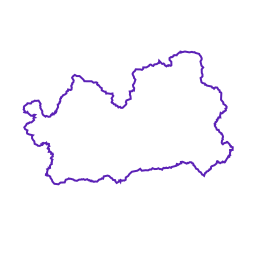 Mae Chaem, Chiang Mai, Thailand, rotated 77°
{"feature_id": "78962969B34643742441867", "entity_name": "Mae Chaem", "entity_type": "district", "adm_level": 2, "iso_a3": "THA", "parent_name": "Thailand", "parent_adm1": "Chiang Mai", "projection": "orthographic", "projection_center": [98.301, 18.574], "detail": "fine", "context": "isolated", "style": "outline", "palette": "violet", "viewbox_px": 256, "rotation_deg": 77, "n_neighbors": 0, "source": "geoboundaries", "source_scale": "gbopen_adm2", "svg_char_len": 5764}
<svg xmlns="http://www.w3.org/2000/svg" viewBox="0 0 256 256"><g transform="rotate(77 128 128)"><path d="M172.7,124.2L173.1,120.3L173.8,117.9L173.3,116.2L173.7,114.6L172.7,113.2L174.0,111.3L174.4,109.1L174.1,107.4L175.1,106.5L175.4,105.2L176.3,104.1L175.2,103.0L174.9,102.0L175.5,101.1L175.2,99.7L175.7,99.3L176.0,98.1L175.6,96.2L176.5,95.0L175.8,94.1L175.7,89.6L174.0,88.5L174.3,87.9L175.3,87.7L174.4,85.2L174.4,84.0L173.0,84.0L173.2,82.4L175.9,78.8L175.4,77.9L175.8,77.4L175.2,75.4L175.8,73.8L176.9,73.4L177.1,72.7L178.3,72.3L178.9,72.6L180.3,71.5L183.0,70.8L183.9,69.3L186.4,68.5L187.6,67.0L190.1,66.2L190.5,65.5L191.7,64.6L189.3,63.1L189.0,61.9L188.1,61.3L188.0,59.5L187.4,59.0L187.3,58.2L186.6,57.9L186.7,56.9L186.2,56.3L184.8,56.0L184.1,55.1L183.7,52.1L182.4,49.6L180.5,48.8L180.5,48.1L182.1,47.3L182.1,46.8L183.0,46.1L182.5,44.5L182.7,44.0L182.2,43.5L182.5,43.3L182.5,42.3L182.8,42.5L183.2,42.0L183.2,41.3L179.8,38.2L179.4,37.4L178.4,36.9L178.8,35.9L177.8,35.7L177.7,35.2L177.4,35.5L176.5,34.4L174.9,34.2L173.7,33.2L173.1,33.7L172.4,33.5L172.9,31.0L170.3,30.3L169.3,32.1L168.6,31.8L167.9,32.5L166.9,32.6L163.9,34.4L163.8,34.9L164.4,35.8L164.3,37.6L165.2,39.2L164.4,39.8L163.4,40.0L161.3,39.2L160.3,38.1L159.3,38.3L158.1,37.4L157.0,37.4L155.1,37.8L154.7,38.4L154.1,38.2L152.5,39.9L150.2,40.1L150.1,41.1L149.5,41.9L148.2,41.9L145.4,42.9L144.6,42.4L144.5,42.7L143.4,42.6L143.4,42.1L142.0,41.5L141.7,40.9L141.9,40.6L140.8,39.3L140.0,39.5L139.8,38.8L139.1,38.5L139.0,37.7L138.1,37.6L137.9,36.6L138.4,35.7L136.6,35.5L134.1,34.3L134.8,33.5L134.8,32.5L133.5,31.4L133.7,30.6L133.3,30.2L133.1,29.1L132.6,28.5L131.1,28.7L130.8,27.6L129.5,27.1L127.8,27.9L125.9,29.7L124.5,29.4L121.4,31.0L114.9,29.2L114.2,29.5L113.6,30.5L111.9,30.3L111.0,31.3L108.7,32.0L108.1,33.8L109.1,35.3L108.2,35.7L107.7,36.8L106.4,37.2L104.4,41.6L103.5,42.1L103.3,43.1L102.1,43.1L100.9,45.3L99.9,46.1L95.6,46.0L95.2,44.9L94.4,43.8L92.5,43.4L90.9,43.7L87.4,43.0L85.9,41.1L83.8,42.4L79.4,42.4L77.9,40.9L76.6,40.5L74.3,41.0L73.4,41.6L71.8,42.0L69.9,45.6L69.1,46.0L68.9,47.5L68.2,48.6L68.1,51.2L66.3,55.3L66.3,58.0L65.5,59.5L66.4,59.8L65.9,60.8L67.3,63.5L68.1,64.2L67.4,66.5L67.6,67.4L68.3,67.6L68.6,68.3L68.9,69.4L68.5,70.0L69.2,71.8L71.0,72.2L73.2,70.9L76.6,71.6L76.9,72.0L76.9,72.9L76.0,73.8L75.9,74.5L76.5,75.0L76.0,75.7L76.6,76.7L75.1,78.1L74.2,78.1L73.2,78.8L73.3,80.1L73.0,80.5L69.5,82.5L71.7,83.3L71.6,84.2L72.2,85.5L72.0,88.0L73.2,89.4L72.4,90.7L71.5,91.3L71.2,92.0L71.4,92.8L72.2,93.6L73.1,96.4L72.4,99.5L73.7,99.9L74.5,101.3L73.6,103.0L72.6,107.3L73.9,108.3L74.7,109.9L75.9,111.2L76.9,111.4L79.8,110.7L80.5,110.9L82.6,109.9L85.7,111.8L87.2,113.5L89.0,113.6L90.5,113.0L92.9,113.8L92.4,115.1L93.1,115.7L92.8,118.1L94.4,118.1L96.0,118.7L97.4,118.4L100.2,118.8L100.8,123.3L102.3,124.3L103.5,124.0L104.6,124.5L107.1,128.7L106.8,130.3L105.6,130.9L105.8,132.7L104.0,133.3L103.5,134.9L102.3,134.9L101.6,136.5L100.4,136.9L99.8,138.0L99.2,138.2L97.5,136.9L95.4,137.3L93.4,135.1L92.2,135.6L90.9,135.4L90.8,137.2L89.6,140.3L89.6,141.5L87.6,141.6L87.5,142.5L85.4,145.1L83.2,144.6L82.2,145.8L79.4,147.1L79.4,147.8L78.6,148.3L77.0,147.8L76.3,148.8L76.1,151.4L74.3,152.9L72.6,160.0L70.9,160.5L66.5,163.5L65.9,166.2L64.3,167.9L65.4,170.2L66.5,171.2L69.4,170.2L71.2,171.0L71.9,172.4L73.0,172.5L73.9,173.7L75.0,173.9L75.6,173.6L77.8,174.4L78.1,175.4L77.0,177.7L78.5,178.3L78.4,179.3L78.9,179.9L80.4,180.2L81.2,182.1L81.5,184.0L82.6,185.0L83.0,186.4L84.0,186.6L84.2,187.3L84.7,187.6L86.6,187.9L87.1,188.7L88.0,188.7L88.4,189.7L89.4,190.4L89.4,191.2L91.9,191.4L94.6,193.8L95.4,193.8L95.8,194.5L95.5,195.1L96.0,195.5L96.2,194.8L96.7,194.7L97.7,197.0L97.2,197.7L97.9,197.7L97.5,199.0L98.0,199.1L97.9,200.0L99.3,201.1L99.3,202.7L97.9,204.8L98.2,205.6L97.9,205.6L97.8,206.3L96.6,207.5L95.6,208.0L93.9,208.2L92.4,207.7L88.7,208.9L87.3,208.4L86.1,208.6L84.9,207.7L81.2,209.0L80.9,211.6L80.4,212.7L81.0,214.4L80.8,215.5L82.3,217.1L81.3,220.4L82.1,221.1L83.5,224.3L84.3,224.8L85.6,224.9L86.4,225.5L88.4,224.7L89.3,225.5L90.2,223.8L89.7,222.4L90.8,222.2L94.2,219.8L94.5,218.3L93.9,216.5L94.3,215.6L95.0,216.9L95.7,217.4L96.8,216.4L96.8,217.2L97.5,218.0L99.1,217.7L100.8,220.8L100.4,222.7L100.9,223.2L100.8,224.2L101.2,224.4L101.1,225.7L102.6,226.9L104.0,228.9L106.0,228.5L107.7,226.5L109.2,227.4L110.7,227.5L112.0,225.8L113.7,222.3L114.3,223.3L116.4,223.8L118.3,223.2L119.8,222.3L122.5,222.5L124.0,220.4L125.0,219.8L125.6,218.0L125.1,216.3L125.2,215.7L124.3,215.9L124.4,214.6L123.5,214.6L123.4,214.0L124.0,213.3L124.0,211.9L125.1,211.2L124.4,210.7L125.7,210.3L125.5,209.1L125.8,208.6L127.0,209.0L128.0,208.7L128.4,209.7L129.9,210.9L130.4,210.5L130.6,209.7L132.4,209.9L133.4,210.5L133.7,208.9L134.6,208.3L135.8,208.7L136.0,207.2L137.0,207.1L137.5,207.7L138.8,207.7L139.4,209.4L140.2,210.0L141.8,208.7L142.7,209.5L144.0,209.7L144.4,210.3L145.9,210.3L146.1,211.2L147.2,212.5L149.2,212.9L148.8,214.1L149.6,214.1L150.0,216.0L150.7,215.7L153.2,217.0L153.9,216.9L154.4,217.3L154.5,218.3L155.4,218.6L156.3,217.4L156.1,216.5L157.8,214.7L159.0,214.8L161.5,213.8L163.1,213.7L165.8,212.3L167.2,208.4L166.0,206.1L166.8,201.9L164.4,200.3L164.3,198.1L163.8,197.0L164.4,196.4L164.6,195.3L166.0,192.7L167.0,192.0L168.0,189.6L167.3,187.3L167.7,185.5L167.5,184.7L167.9,184.0L167.8,182.9L168.9,181.6L168.7,179.2L170.1,178.2L170.1,177.3L170.5,176.8L171.3,176.6L171.1,175.3L172.0,175.0L172.0,174.2L172.8,173.3L172.7,172.1L173.3,170.1L171.8,167.8L171.8,165.9L171.2,164.9L171.8,163.7L169.7,162.5L169.8,158.5L170.7,157.1L172.8,155.8L173.5,154.8L175.2,154.3L175.9,152.3L177.2,152.3L179.0,151.4L178.1,148.7L177.1,148.4L177.2,148.0L178.7,147.5L177.1,146.8L178.1,145.6L177.9,144.7L178.4,143.4L177.9,141.9L175.7,141.3L174.7,138.5L173.4,137.3L171.5,134.1L171.7,128.4L170.5,125.3L172.7,124.2Z" fill="none" stroke="#5b21b6" stroke-width="2"/></g></svg>